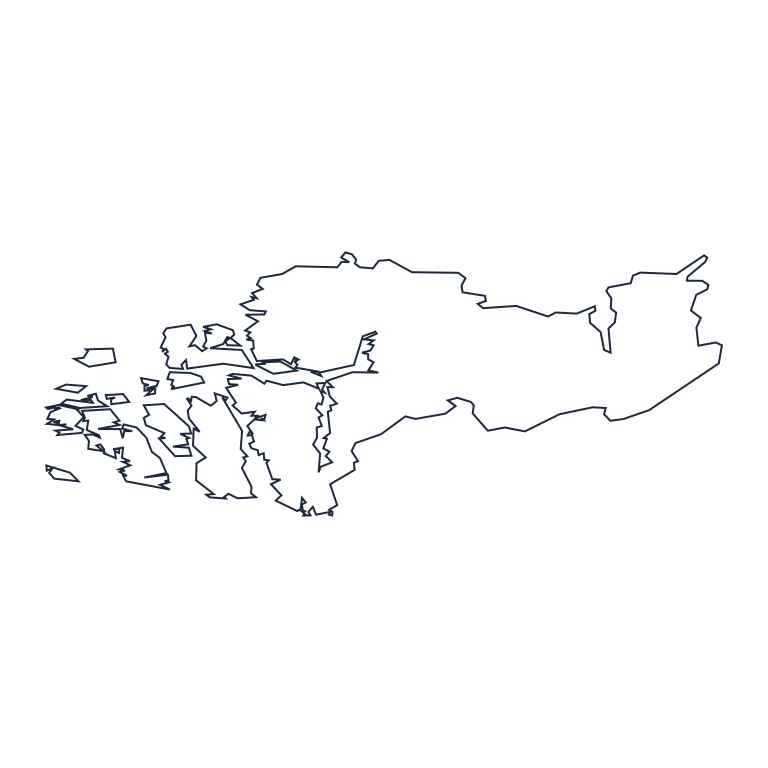 the district of Gulen nor, Sogn og Fjordane, Norway
{"feature_id": "86288312B34871191687124", "entity_name": "Gulen nor", "entity_type": "district", "adm_level": 2, "iso_a3": "NOR", "parent_name": "Norway", "parent_adm1": "Sogn og Fjordane", "projection": "natural_earth1", "projection_center": [5.028, 60.957], "detail": "fine", "context": "isolated", "style": "outline", "palette": "slate", "viewbox_px": 768, "rotation_deg": 0, "n_neighbors": 0, "source": "geoboundaries", "source_scale": "gbopen_adm2", "svg_char_len": 6067}
<svg xmlns="http://www.w3.org/2000/svg" viewBox="0 0 768 768"><path d="M704.1,255.4L676.5,274.0L640.2,272.6L633.0,275.6L630.7,283.2L608.5,287.4L606.4,291.1L611.4,298.5L610.7,308.5L616.1,312.6L614.9,322.3L608.5,328.5L610.6,352.7L604.1,349.9L600.6,332.1L590.1,322.8L589.3,314.1L595.4,310.8L594.8,306.3L576.7,313.6L555.8,312.5L548.0,316.5L516.2,305.9L483.0,308.2L477.8,303.8L485.9,301.0L484.9,295.8L462.6,292.3L461.5,285.5L465.5,278.2L458.2,272.8L412.0,272.2L389.4,259.9L378.8,260.8L372.8,268.4L360.1,267.3L354.9,263.6L356.2,259.7L351.9,254.3L345.5,252.4L341.2,257.5L349.2,262.2L341.7,261.8L337.4,267.3L295.8,266.3L282.2,274.0L260.5,277.8L257.0,284.6L262.7,288.9L252.1,293.1L256.7,298.2L251.5,297.0L253.8,299.9L240.5,304.3L249.9,310.2L265.8,311.4L264.4,314.5L245.5,314.7L257.9,321.3L245.1,330.6L250.3,332.3L247.0,335.7L250.6,338.1L246.3,339.6L253.2,340.5L253.7,348.7L251.1,349.1L256.8,361.0L283.0,359.4L290.9,364.2L294.3,357.3L298.3,359.5L294.5,360.2L297.8,360.3L294.8,361.8L297.4,364.8L295.4,367.6L319.4,371.8L310.6,371.7L321.2,376.0L319.0,372.7L353.9,365.0L362.8,336.3L375.5,331.7L376.7,333.6L364.0,339.4L373.6,340.4L368.6,344.1L373.6,345.3L370.4,350.5L361.9,352.7L368.1,354.2L368.2,359.4L373.6,362.2L368.4,370.4L378.4,372.6L352.5,372.2L326.5,381.0L332.9,387.2L327.4,387.1L329.9,396.6L336.8,403.6L330.2,405.8L331.3,410.3L327.8,411.8L330.1,433.0L323.6,438.1L326.9,438.7L323.3,448.4L329.4,451.7L325.8,456.1L332.2,462.3L320.6,466.8L318.6,472.4L320.1,453.5L313.1,444.6L317.0,437.8L316.7,427.5L321.8,426.0L318.6,417.5L322.3,415.2L315.8,408.3L317.7,403.4L321.6,404.5L323.4,397.7L320.5,391.3L324.8,392.7L322.1,389.5L325.3,383.0L316.5,383.4L318.9,388.7L303.5,382.4L283.2,385.1L266.6,380.7L264.4,383.7L251.4,375.6L232.6,373.9L228.9,375.4L241.6,378.6L227.9,379.1L229.0,384.1L238.2,384.8L226.1,387.8L235.9,402.6L232.6,405.5L241.6,413.5L254.7,411.7L251.5,415.7L257.5,415.8L254.6,418.6L265.5,414.9L264.3,419.4L260.7,418.6L263.1,420.3L254.4,419.4L247.3,426.0L253.2,434.3L249.6,431.7L247.7,435.5L251.9,435.1L254.0,441.5L249.3,443.7L251.4,448.3L257.8,450.2L258.6,455.1L263.7,453.2L264.3,459.8L268.7,460.4L266.4,462.7L272.3,479.2L280.7,479.6L270.9,484.2L281.4,495.3L275.7,500.6L297.1,511.0L300.6,509.3L302.0,497.8L305.7,502.5L301.8,504.5L303.0,511.1L306.3,511.2L301.7,511.4L306.4,515.1L303.6,514.7L303.2,515.6L310.5,515.3L308.4,512.0L312.8,506.9L316.2,514.7L330.4,511.8L328.8,514.6L332.1,515.4L332.6,512.0L329.2,509.8L337.2,505.1L330.1,484.3L354.6,469.9L353.9,462.8L358.0,461.1L351.6,451.1L355.4,443.1L381.1,434.2L405.3,416.4L415.5,418.9L445.3,413.7L455.6,406.0L447.8,400.4L457.3,397.8L471.0,402.0L473.8,405.5L472.7,413.4L487.8,430.7L504.8,427.5L524.9,431.4L559.6,414.2L592.6,407.3L605.7,408.0L604.1,414.3L610.3,420.8L623.5,419.0L649.2,410.1L718.8,363.4L721.9,345.3L715.8,342.5L698.4,345.7L696.4,327.6L700.8,318.0L690.9,310.5L696.3,294.8L707.3,289.3L708.4,284.8L702.2,280.8L686.9,280.7L687.5,276.8L705.2,261.9L707.2,257.6L704.1,255.4ZM227.4,397.6L214.8,393.4L216.7,401.0L210.8,405.7L195.9,397.1L191.8,396.7L191.0,401.1L188.2,398.3L187.1,398.8L191.5,405.7L187.7,410.6L189.0,418.5L199.6,431.8L193.7,428.6L193.0,445.7L205.7,457.5L196.5,463.2L196.1,480.3L213.8,494.1L206.3,494.7L209.9,497.4L225.8,498.5L224.2,496.9L228.5,493.8L237.5,498.3L256.0,497.2L251.1,493.5L251.5,486.6L241.9,468.0L245.8,461.2L243.3,457.5L247.3,456.3L240.7,449.0L242.1,430.9L222.2,397.3L225.5,400.6L227.4,397.6ZM82.0,410.9L84.9,417.6L83.2,421.1L88.3,420.6L86.8,430.1L98.9,435.2L99.9,437.6L92.7,434.5L84.7,434.8L89.0,440.9L88.2,448.8L103.4,451.2L96.4,445.5L100.2,444.4L104.1,449.3L103.8,453.3L115.9,458.2L114.8,451.1L119.1,453.0L119.3,448.8L113.0,449.2L123.1,447.6L122.0,457.8L130.0,461.1L122.8,461.8L130.2,465.3L119.1,469.4L125.0,470.5L119.9,472.0L127.0,475.8L123.1,475.5L126.1,481.3L169.7,489.5L160.0,484.8L168.6,482.4L164.7,481.0L168.5,480.5L167.9,474.7L144.3,477.5L166.5,473.1L159.9,458.0L151.8,451.8L146.4,437.7L136.6,427.5L123.7,424.4L122.3,428.6L132.2,431.2L124.3,431.0L122.7,438.2L120.2,429.1L98.0,429.0L119.5,424.9L113.8,422.4L119.5,420.7L110.2,409.2L82.0,410.9ZM190.6,324.7L166.5,328.4L163.3,333.3L165.6,337.3L160.7,347.5L164.2,349.1L162.0,351.8L166.0,348.8L167.9,351.8L164.9,353.6L168.5,356.8L166.2,364.4L169.6,367.9L183.0,368.9L181.5,364.7L186.0,360.0L187.2,368.6L223.4,363.7L253.6,368.1L241.8,350.0L210.1,348.2L223.3,344.0L227.2,337.1L230.1,337.9L225.2,341.7L227.5,345.2L240.3,345.6L230.6,338.1L234.3,334.4L232.9,330.2L216.7,324.3L203.1,326.9L210.8,329.3L204.9,330.9L211.8,333.6L205.0,332.5L206.3,340.8L203.1,346.5L206.7,348.3L202.1,351.2L195.1,345.2L189.4,346.3L196.4,336.0L190.6,324.7ZM164.1,404.0L143.8,405.3L149.1,414.8L143.8,417.9L145.9,425.2L164.4,433.1L160.9,436.9L165.5,438.1L159.1,438.5L175.1,456.2L191.4,455.7L188.9,447.7L173.0,446.6L188.2,444.3L186.4,438.7L189.1,438.0L180.3,433.9L191.2,433.5L188.9,426.3L164.1,404.0ZM58.8,405.0L46.1,407.5L48.1,409.1L54.9,407.2L54.9,408.2L58.7,407.5L59.9,408.3L50.5,412.1L47.3,418.9L53.9,419.5L47.0,423.9L56.6,424.8L58.4,423.0L53.4,421.9L59.3,420.7L58.3,425.1L66.3,424.3L62.0,426.0L73.2,429.3L55.5,430.6L59.4,432.5L57.4,435.0L81.8,432.9L83.3,429.5L75.5,425.9L83.7,417.0L76.9,409.7L79.4,409.6L58.8,405.0ZM112.9,348.6L86.0,349.4L88.0,351.0L83.5,357.8L74.2,358.9L89.0,366.7L115.6,362.3L112.9,348.6ZM169.8,372.2L167.4,378.9L173.2,380.1L171.3,384.8L174.6,386.9L172.5,386.6L172.0,389.0L204.2,382.5L200.9,376.5L190.4,373.0L169.8,372.2ZM261.3,362.4L265.9,363.7L256.2,364.3L256.2,365.1L273.4,373.8L296.7,370.6L280.3,361.5L261.3,362.4ZM95.8,393.7L87.3,395.9L91.9,395.7L91.9,397.3L80.8,400.0L90.9,399.9L92.9,402.8L66.6,399.6L61.3,403.7L79.9,408.0L107.2,406.2L98.0,400.5L95.8,393.7ZM70.0,472.7L46.4,465.5L46.8,470.7L52.6,468.2L49.2,472.9L54.2,478.6L78.4,481.3L70.0,472.7ZM123.1,394.1L105.8,395.1L106.9,398.9L115.1,397.4L111.1,399.2L111.3,404.2L129.2,401.9L123.1,394.1ZM158.5,381.2L141.1,378.2L142.9,383.5L148.7,385.0L144.5,385.9L144.5,390.7L151.8,390.3L146.3,395.2L155.0,393.5L155.3,388.5L148.1,390.0L154.9,387.2L150.2,388.7L146.5,388.3L156.6,385.9L158.5,381.2ZM66.0,384.6L56.2,388.8L77.8,392.7L86.1,386.1L66.0,384.6Z" fill="none" stroke="#1e293b" stroke-width="2"/></svg>